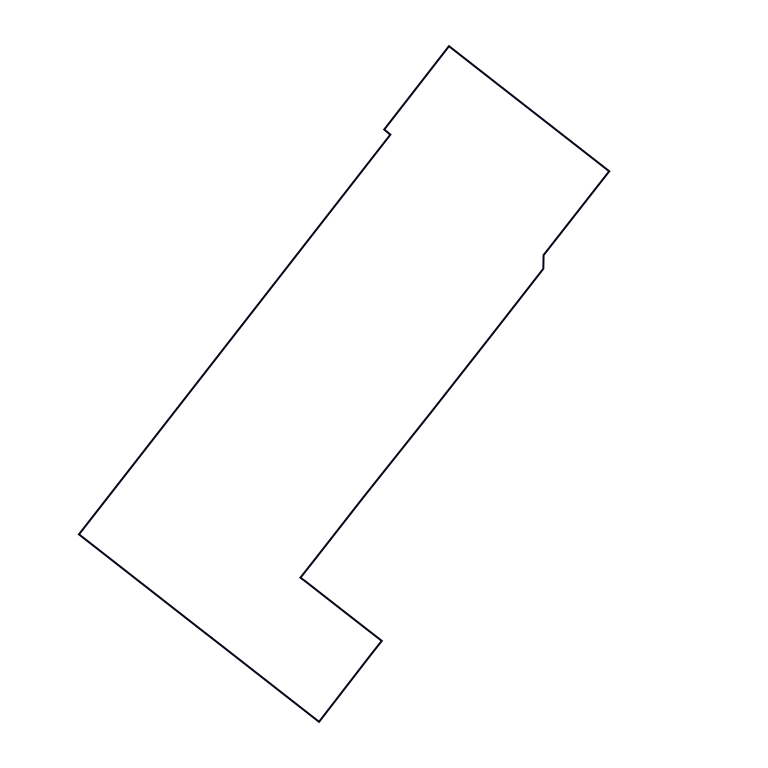 Forrest, Mississippi, United States of America (orthographic projection), rotated 218°
{"feature_id": "52423323B32098183633338", "entity_name": "Forrest", "entity_type": "district", "adm_level": 2, "iso_a3": "USA", "parent_name": "United States of America", "parent_adm1": "Mississippi", "projection": "orthographic", "projection_center": [-89.313, 31.172], "detail": "fine", "context": "isolated", "style": "outline", "palette": "ink", "viewbox_px": 768, "rotation_deg": 218, "n_neighbors": 0, "source": "geoboundaries", "source_scale": "gbopen_adm2", "svg_char_len": 459}
<svg xmlns="http://www.w3.org/2000/svg" viewBox="0 0 768 768"><g transform="rotate(218 384 384)"><path d="M227.2,77.8L227.7,162.9L227.6,180.2L279.6,180.1L325.8,180.1L330.6,179.9L330.5,205.3L330.5,282.2L329.5,390.7L329.3,488.6L329.4,572.9L337.6,583.8L337.5,690.3L480.0,690.2L507.6,690.2L540.8,690.2L540.5,584.7L532.5,584.4L531.9,181.8L531.8,77.7L379.3,77.7L358.6,77.8L279.4,77.8L274.8,77.8L227.2,77.8Z" fill="none" stroke="#020617" stroke-width="2"/></g></svg>